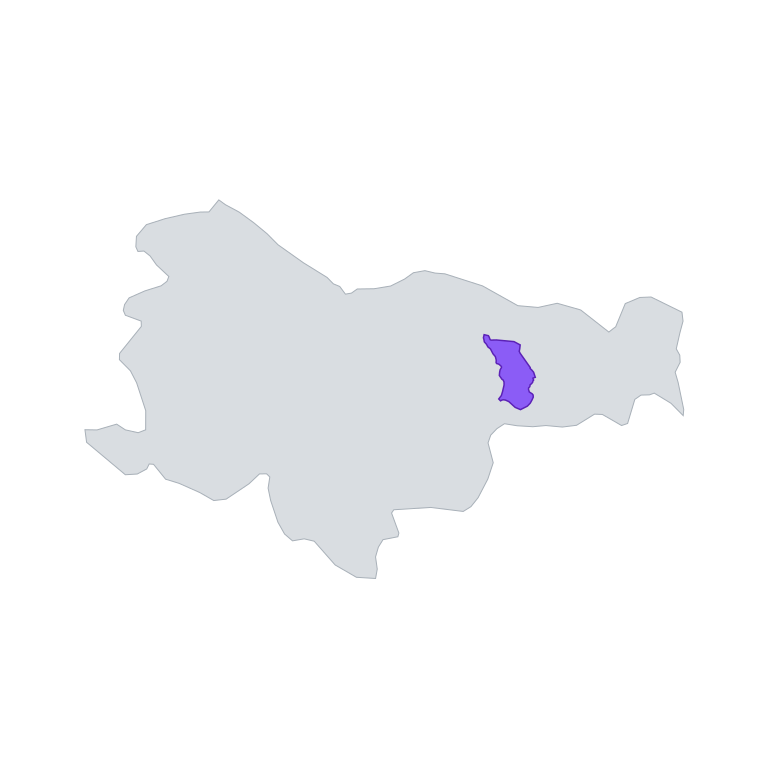 location of Slovenska Bistrica within Slovenia, rotated 24°
{"feature_id": "SVN-221", "entity_name": "Slovenska Bistrica", "entity_type": "Municipality", "adm_level": 1, "iso_a3": "SVN", "parent_name": "Slovenia", "parent_adm1": "", "projection": "albers", "projection_center": [15.549, 46.386], "detail": "fine", "context": "in_parent", "style": "filled", "palette": "violet", "viewbox_px": 768, "rotation_deg": 24, "n_neighbors": 0, "source": "natural_earth", "source_scale": "10m", "svg_char_len": 2703}
<svg xmlns="http://www.w3.org/2000/svg" viewBox="0 0 768 768"><g transform="rotate(24 384 384)"><path d="M670.2,291.2L654.0,284.9L634.6,282.4L631.0,285.9L623.3,289.6L619.4,296.0L622.6,321.0L617.9,325.3L595.9,323.0L588.6,325.9L576.7,343.4L564.4,350.8L548.8,356.1L537.3,362.5L522.6,368.0L510.2,371.3L505.3,378.9L502.3,387.3L503.0,395.5L515.8,411.5L517.5,428.6L516.2,449.6L513.3,460.7L508.2,468.2L476.8,477.8L444.1,494.9L443.4,498.8L458.2,514.1L458.8,517.9L446.4,526.6L445.2,535.3L446.6,545.4L453.1,555.8L455.4,565.1L437.4,571.8L413.0,569.2L384.2,556.0L374.1,557.9L364.2,564.5L354.2,561.5L343.3,553.4L327.9,536.6L320.5,526.3L317.5,515.4L313.3,513.8L306.8,516.8L301.3,530.0L286.6,553.4L275.9,559.7L259.8,558.1L237.2,558.1L223.2,559.8L206.1,551.1L202.0,552.6L201.8,558.1L195.2,566.6L184.6,572.1L136.0,558.2L129.4,547.4L140.5,542.7L156.1,529.4L166.4,531.1L179.2,528.5L184.9,522.8L177.2,505.3L157.5,483.5L147.0,475.1L132.4,469.4L130.0,463.6L138.9,430.1L136.6,425.3L119.8,426.4L115.9,422.8L114.7,416.9L116.1,409.0L127.7,396.2L140.5,384.9L144.0,378.4L143.7,373.3L127.8,367.8L118.3,362.2L110.6,360.2L105.3,363.0L101.5,359.6L97.8,349.8L102.1,335.1L116.9,321.9L132.6,310.1L146.3,301.6L154.1,298.0L158.2,283.0L166.1,284.7L182.0,285.9L199.6,289.7L216.1,294.3L230.5,299.9L260.9,306.0L288.7,309.8L297.0,313.1L303.9,312.9L312.2,317.6L317.3,314.2L320.9,308.1L336.2,301.0L350.2,291.8L360.1,279.8L365.6,270.4L375.3,263.8L385.5,261.9L394.8,258.6L434.1,254.3L474.4,258.0L493.6,251.4L509.4,239.8L532.5,236.5L533.7,236.4L568.3,245.1L571.0,239.9L572.4,237.6L571.7,212.4L582.5,200.9L592.6,195.9L627.0,197.2L631.6,204.9L633.5,216.9L636.7,233.0L642.5,237.4L645.7,243.7L645.2,254.8L652.1,263.0L668.2,285.4L670.2,291.2Z" fill="#d9dde1" stroke="#a8b0b8" stroke-width="1"/><path d="M494.9,351.0L495.9,346.8L495.4,342.8L494.1,336.1L492.8,333.3L491.2,331.9L489.8,331.7L485.9,329.3L484.8,326.1L484.3,323.7L484.6,321.3L484.4,320.6L483.5,320.0L481.0,319.2L479.7,319.3L478.7,319.5L478.1,319.2L477.6,318.7L477.1,317.2L476.5,316.1L474.6,313.7L471.3,312.1L466.9,308.6L463.9,307.9L461.4,306.0L458.5,304.7L457.3,302.9L456.0,301.3L455.4,298.2L459.7,297.4L460.6,298.0L462.9,300.3L463.7,300.4L464.9,300.0L465.5,299.6L468.7,298.1L485.5,292.4L492.5,292.9L493.7,296.7L494.1,298.4L494.1,299.0L495.8,300.5L510.9,309.5L511.2,310.4L513.3,311.1L515.9,312.4L519.5,316.4L517.7,318.0L518.0,318.6L519.1,319.5L519.1,319.8L518.8,320.6L519.1,322.0L518.6,323.9L517.8,325.1L518.3,327.2L517.7,328.7L518.2,330.1L520.0,332.2L523.4,332.7L524.7,333.4L525.7,335.3L525.7,338.4L525.4,342.0L524.6,344.2L524.0,345.9L519.1,351.9L513.3,352.0L505.2,349.3L501.4,349.3L499.4,349.9L498.4,350.6L497.3,352.0L494.9,351.0Z" fill="#8b5cf6" stroke="#5b21b6" stroke-width="1.5"/></g></svg>